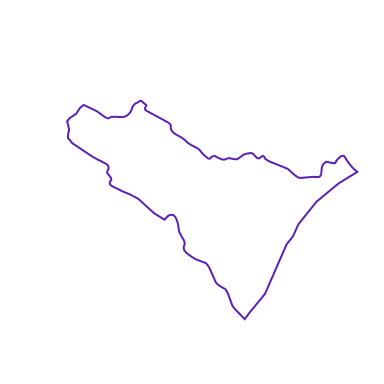 outline of La Libertad, rotated 294°
{"feature_id": "SLV-1346", "entity_name": "La Libertad", "entity_type": "Department", "adm_level": 1, "iso_a3": "SLV", "parent_name": "El Salvador", "parent_adm1": "", "projection": "robinson", "projection_center": [-89.306, 13.743], "detail": "fine", "context": "isolated", "style": "outline", "palette": "violet", "viewbox_px": 384, "rotation_deg": 294, "n_neighbors": 0, "source": "natural_earth", "source_scale": "10m", "svg_char_len": 2600}
<svg xmlns="http://www.w3.org/2000/svg" viewBox="0 0 384 384"><g transform="rotate(294 192 192)"><path d="M277.6,334.8L259.4,322.4L233.6,309.6L205.6,302.3L192.6,302.3L182.7,299.7L128.6,300.1L105.5,293.7L97.3,291.9L98.4,289.2L102.4,279.0L104.4,275.3L114.1,265.9L115.7,263.7L116.8,262.0L117.3,256.8L118.0,253.1L118.9,251.0L119.8,249.6L120.5,248.8L121.3,248.2L129.6,238.9L131.5,236.1L132.5,234.0L132.6,232.6L132.1,223.0L132.7,218.0L133.8,212.8L134.7,210.4L135.5,208.8L136.3,208.0L137.8,207.0L138.7,206.8L141.3,206.5L142.8,205.8L144.4,204.4L148.9,198.3L150.9,196.1L156.6,192.5L159.0,190.6L161.7,187.9L162.7,186.2L163.3,184.6L163.1,183.4L162.7,182.3L162.2,181.4L161.5,180.7L160.7,180.1L159.8,179.6L155.5,178.1L157.2,166.0L163.9,145.7L164.6,136.5L164.3,128.7L164.8,117.0L165.3,114.6L165.9,113.8L166.7,113.2L167.6,112.9L168.6,113.0L169.6,113.3L170.6,113.2L171.9,112.3L174.9,106.8L175.7,106.4L176.8,106.2L178.0,106.3L179.4,106.2L181.4,105.2L182.2,104.1L182.7,102.7L183.3,94.4L183.2,93.0L183.8,86.7L187.9,62.7L189.6,59.7L190.8,56.8L194.0,55.4L198.5,54.5L201.9,52.3L205.7,49.2L209.6,50.1L216.4,54.4L222.7,55.4L223.9,55.8L227.5,57.7L227.1,72.3L225.1,81.7L224.9,84.0L225.2,85.6L227.5,87.5L228.4,89.1L229.5,91.3L231.4,96.2L232.6,98.6L233.6,100.1L235.2,101.3L237.0,102.3L240.1,103.3L241.2,103.4L244.7,103.1L245.9,103.1L247.1,103.3L248.2,103.6L249.2,104.0L250.4,104.8L251.8,106.0L253.8,107.2L254.4,108.1L254.6,108.9L253.6,111.7L253.1,114.1L252.9,114.7L252.6,115.0L249.8,114.9L248.8,115.2L248.1,115.9L247.7,117.4L245.8,141.6L245.2,144.1L244.8,145.0L244.0,145.6L242.1,146.4L241.2,147.0L240.4,147.7L239.3,149.3L238.5,151.4L238.1,153.5L237.4,161.0L236.6,164.4L235.3,167.6L234.6,171.6L234.2,178.5L233.9,180.4L233.6,181.5L230.9,187.0L229.3,192.4L229.4,194.2L230.1,195.1L231.1,195.4L232.3,195.5L234.2,198.2L233.8,202.6L234.1,206.7L234.5,207.8L235.0,208.7L235.7,209.5L237.1,210.7L237.8,211.8L238.3,213.2L239.0,216.6L239.6,218.5L240.3,219.8L241.1,220.5L246.6,223.7L247.3,224.2L248.9,225.9L251.4,229.6L251.8,231.3L251.7,232.6L250.4,235.2L249.6,237.6L249.6,238.9L250.4,239.9L253.3,241.5L253.8,242.5L253.6,243.5L253.0,244.3L252.2,245.0L251.7,247.5L251.4,251.5L252.1,269.5L251.9,270.9L249.6,277.7L248.7,281.5L248.6,283.5L248.8,285.1L254.9,296.1L257.0,301.3L257.6,302.1L258.4,302.6L259.6,302.8L260.8,302.7L262.9,302.1L266.9,300.7L269.1,300.4L270.6,300.6L271.5,300.9L274.3,302.3L275.7,309.4L276.8,311.2L277.7,311.1L279.3,311.2L281.4,311.8L285.2,313.5L286.4,314.9L286.7,316.2L285.7,318.1L283.9,320.6L283.4,321.5L282.8,322.3L279.8,328.1L278.8,330.7L277.6,334.8L277.6,334.8Z" fill="none" stroke="#5b21b6" stroke-width="2"/></g></svg>